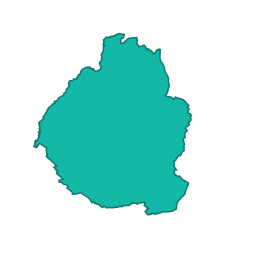 Nong Mamong, Chai Nat, Thailand (Robinson projection), rotated 298°
{"feature_id": "78962969B54386166532086", "entity_name": "Nong Mamong", "entity_type": "district", "adm_level": 2, "iso_a3": "THA", "parent_name": "Thailand", "parent_adm1": "Chai Nat", "projection": "robinson", "projection_center": [99.839, 15.23], "detail": "fine", "context": "isolated", "style": "filled", "palette": "teal", "viewbox_px": 256, "rotation_deg": 298, "n_neighbors": 0, "source": "geoboundaries", "source_scale": "gbopen_adm2", "svg_char_len": 5673}
<svg xmlns="http://www.w3.org/2000/svg" viewBox="0 0 256 256"><g transform="rotate(298 128 128)"><path d="M78.8,208.6L80.0,208.3L82.3,207.4L83.6,206.7L84.7,206.5L87.0,206.6L90.2,207.6L90.8,207.6L91.2,207.3L92.0,207.6L93.1,208.3L96.6,209.3L98.7,208.4L100.5,208.4L103.9,207.7L106.1,207.9L108.0,207.0L107.6,203.9L108.1,203.7L107.9,201.1L108.2,199.9L109.7,196.0L109.1,195.6L108.8,195.0L109.0,194.6L108.5,192.8L108.8,192.6L108.9,190.5L111.0,189.9L111.3,189.2L112.5,189.1L112.9,188.8L113.5,189.5L113.8,190.3L115.0,187.8L115.5,187.0L117.5,185.8L118.3,185.6L120.3,183.9L121.5,185.3L124.0,185.0L124.5,185.1L125.2,185.5L127.7,185.7L128.2,187.3L131.3,187.0L133.4,187.6L134.4,188.2L138.5,185.8L140.2,185.4L141.8,183.7L142.8,183.2L144.2,181.9L146.7,182.8L150.1,180.6L153.6,181.6L154.4,178.6L156.1,179.0L159.6,180.7L161.4,178.6L162.1,179.3L162.6,179.6L164.7,179.8L166.1,178.9L166.6,178.3L168.8,177.9L168.9,176.9L169.7,176.6L169.5,173.3L173.7,173.0L173.7,171.9L174.0,170.7L176.2,171.2L178.7,164.9L178.6,164.0L178.9,161.8L178.4,160.9L178.4,160.0L177.8,158.8L177.6,155.4L176.3,155.3L174.8,154.8L175.5,152.1L175.1,150.4L174.3,148.7L174.1,147.7L174.1,145.9L176.2,146.2L178.3,145.8L180.1,145.7L181.9,144.9L184.2,144.9L184.6,144.7L188.3,141.6L190.8,140.5L191.6,139.8L193.7,136.4L195.7,133.6L198.6,131.5L200.7,129.2L201.9,126.4L202.8,125.2L203.9,124.1L205.6,122.8L212.3,119.8L212.4,118.9L212.0,118.6L212.0,118.1L211.8,117.9L211.3,117.8L210.2,116.9L208.5,116.8L207.6,117.1L205.4,115.7L206.2,114.8L206.6,113.6L207.1,112.0L206.9,111.4L207.4,109.3L207.4,108.6L206.9,108.0L205.9,107.3L206.2,106.8L207.1,106.4L208.0,105.5L207.8,105.1L208.7,103.6L208.5,103.0L208.0,103.1L207.2,102.1L206.6,101.8L205.8,100.9L205.6,100.0L205.0,99.6L205.9,98.0L206.0,97.5L207.0,96.5L207.1,95.6L208.5,95.4L209.9,94.9L211.4,93.9L211.9,93.1L210.8,91.9L210.6,90.8L210.2,90.1L209.8,89.9L208.6,88.4L208.5,87.7L207.8,87.4L207.4,86.5L206.6,86.2L206.1,85.7L204.4,85.4L202.9,84.6L202.0,84.5L201.5,84.6L200.8,84.3L200.6,83.2L200.2,83.0L199.2,81.9L200.4,81.1L203.3,79.9L203.7,80.1L204.9,81.2L205.5,81.5L206.8,81.4L208.8,80.9L208.7,80.1L208.2,79.6L207.8,78.1L207.7,76.7L207.2,75.9L206.8,75.8L206.5,74.9L205.7,74.4L205.3,74.4L204.6,73.6L204.2,73.8L203.7,73.6L203.6,73.3L203.2,73.1L203.1,72.4L202.8,72.3L202.5,72.5L201.7,71.7L201.4,70.6L201.1,70.6L200.9,70.0L199.5,69.5L199.3,68.9L199.4,68.5L198.7,68.2L198.4,67.9L198.1,66.1L196.0,65.6L195.3,65.6L194.6,65.0L194.3,64.9L193.6,65.7L192.8,65.9L192.0,66.8L190.7,66.7L190.2,66.8L190.0,68.4L189.8,68.8L189.5,68.7L189.2,67.9L188.9,67.7L188.5,67.8L188.0,68.4L186.8,68.8L185.7,69.7L184.6,69.8L183.8,70.0L180.5,70.0L179.9,70.5L179.4,70.5L179.0,71.5L178.6,71.8L177.3,71.7L176.8,72.7L176.5,72.9L175.3,72.5L173.9,72.9L173.0,72.3L171.9,72.1L171.7,72.3L171.5,73.2L170.5,73.5L170.1,74.4L169.4,75.0L169.0,75.8L167.0,76.0L166.0,75.6L163.7,74.0L163.5,73.7L163.4,73.0L162.8,72.5L163.0,71.3L162.8,70.2L163.1,70.0L164.0,70.0L164.1,69.8L163.3,68.7L163.3,68.3L163.6,67.4L162.8,66.4L162.9,66.2L163.8,65.7L163.9,65.3L162.9,64.9L162.8,63.7L161.9,62.5L160.8,62.0L160.1,61.4L159.4,61.2L158.0,59.9L155.3,59.9L154.0,60.2L153.2,60.7L152.7,60.6L152.1,59.6L151.0,59.1L150.5,59.3L149.5,60.1L149.3,60.0L149.1,59.4L148.6,59.1L147.6,59.7L147.3,59.7L146.9,59.4L146.3,57.8L145.6,57.0L145.2,56.9L144.0,57.2L142.6,54.9L141.9,54.3L141.1,54.5L139.5,54.5L138.7,55.5L137.5,55.8L136.4,56.3L135.1,56.1L134.2,55.5L132.9,55.8L132.2,55.7L130.7,56.4L130.1,56.2L128.8,55.2L126.3,55.6L124.4,54.0L123.2,53.6L121.9,52.5L121.5,52.5L120.3,52.9L119.3,52.4L117.9,52.3L117.5,51.0L117.0,50.5L116.4,50.7L115.7,51.7L115.4,51.8L113.7,50.1L112.2,50.1L111.1,49.4L110.1,49.2L108.2,48.2L106.9,48.8L106.0,48.2L105.0,48.6L103.7,48.7L102.0,48.2L101.0,48.8L100.4,48.6L99.8,48.0L99.2,48.1L97.8,47.8L97.6,47.9L97.6,48.6L97.1,49.3L96.5,49.3L95.7,49.0L95.3,48.1L94.1,48.3L92.1,47.2L91.2,47.3L90.6,46.7L90.4,46.9L90.0,48.0L88.7,48.3L88.2,49.1L87.1,49.8L85.9,49.9L85.7,50.5L85.2,50.6L84.6,51.2L84.4,52.0L84.2,52.0L84.1,51.4L83.8,51.4L83.3,51.9L83.0,51.1L82.4,51.4L82.1,51.0L81.7,51.6L81.9,52.0L81.7,52.7L81.3,52.8L80.8,52.4L80.5,52.6L80.0,52.6L79.8,52.8L80.0,53.1L79.4,53.2L79.0,52.8L78.6,53.9L77.3,53.4L76.1,53.7L75.3,53.5L74.8,53.9L74.0,53.9L73.9,53.6L73.7,53.6L73.9,53.3L73.9,52.7L73.3,52.7L73.2,52.3L72.7,52.0L72.2,52.2L71.9,52.7L71.4,53.2L70.9,53.0L70.1,53.1L69.7,53.6L69.1,53.4L68.6,53.7L67.4,53.6L67.8,55.9L68.1,56.1L68.5,56.0L68.6,56.3L68.5,56.7L68.9,56.8L69.2,56.5L69.8,56.4L70.1,56.2L70.6,56.8L72.9,57.1L72.8,59.3L72.5,60.8L72.5,62.6L72.3,64.1L72.6,65.3L71.2,65.7L69.8,66.4L66.2,69.2L64.4,69.3L63.1,75.6L62.4,77.9L62.5,79.0L61.3,81.0L61.0,82.6L60.7,82.4L60.6,82.7L59.8,81.9L58.3,81.1L57.8,84.4L57.0,84.1L56.3,86.7L54.7,86.0L54.2,86.9L53.6,89.0L53.9,89.4L52.2,94.7L50.0,92.5L49.4,91.7L47.9,92.6L48.5,93.7L48.9,95.0L48.1,97.7L48.6,99.0L48.9,100.6L48.8,101.4L48.4,102.3L48.0,102.4L47.0,102.6L46.4,102.2L45.9,104.2L45.9,105.9L45.1,109.1L43.6,109.9L43.8,110.6L44.2,110.9L44.9,112.6L45.9,113.3L46.4,114.4L48.3,116.3L48.6,117.1L48.1,122.3L47.9,123.4L48.1,124.5L47.3,127.6L46.4,128.7L45.6,130.3L45.2,131.6L46.1,132.0L47.1,133.3L46.7,133.7L45.9,133.9L46.2,134.9L46.6,139.1L46.3,139.5L45.9,141.4L45.9,142.9L47.6,143.3L47.6,147.0L49.2,149.1L49.5,150.2L49.9,151.1L53.7,156.6L54.6,157.2L55.8,159.8L57.2,160.4L58.5,162.4L60.0,165.1L64.2,167.5L64.5,168.7L65.2,170.0L65.3,170.7L65.1,171.9L66.7,172.6L68.3,175.2L70.1,177.3L70.3,177.9L70.0,178.2L67.2,178.7L66.9,181.7L66.3,183.9L65.3,182.9L63.8,182.9L62.4,182.3L60.9,185.5L60.7,186.4L61.0,186.9L62.3,188.2L62.6,188.9L63.9,189.5L64.3,189.9L64.4,192.0L64.7,192.6L67.8,195.6L68.3,196.5L69.9,197.6L70.5,198.3L71.3,200.1L73.3,203.5L75.9,206.7L78.2,208.0L78.8,208.6Z" fill="#14b8a6" stroke="#0f766e" stroke-width="1.5"/></g></svg>